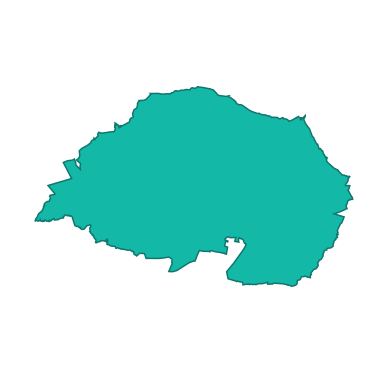 outline of Tlajomulco de Zúñiga, Jalisco, Mexico, rotated 174°
{"feature_id": "50627088B44969093243070", "entity_name": "Tlajomulco de Zúñiga", "entity_type": "district", "adm_level": 2, "iso_a3": "MEX", "parent_name": "Mexico", "parent_adm1": "Jalisco", "projection": "mercator", "projection_center": [-103.397, 20.482], "detail": "fine", "context": "isolated", "style": "filled", "palette": "teal", "viewbox_px": 384, "rotation_deg": 174, "n_neighbors": 0, "source": "geoboundaries", "source_scale": "gbopen_adm2", "svg_char_len": 5949}
<svg xmlns="http://www.w3.org/2000/svg" viewBox="0 0 384 384"><g transform="rotate(174 192 192)"><path d="M81.0,254.8L84.5,253.2L88.2,252.2L89.4,254.0L90.9,254.8L92.9,255.1L93.7,256.4L94.1,256.5L96.7,255.6L97.9,255.9L99.3,257.2L103.7,257.9L105.1,257.7L105.5,258.4L107.1,259.6L109.3,260.0L110.8,261.0L112.9,261.2L116.3,262.4L116.8,263.2L118.8,263.3L124.1,265.8L126.5,267.4L132.8,272.9L134.4,273.8L136.0,273.7L136.5,274.2L137.7,274.7L138.6,275.8L139.2,277.4L140.6,279.0L144.7,282.5L145.5,282.7L145.8,283.3L145.3,283.8L148.2,283.5L155.6,285.3L160.2,291.4L162.0,291.9L162.4,292.4L169.6,294.6L175.5,296.1L177.6,294.7L180.9,295.6L181.6,295.5L182.4,295.0L183.7,293.7L187.1,294.6L190.6,294.0L191.9,294.5L195.0,293.6L197.0,294.4L198.1,294.4L199.0,294.0L200.3,292.8L202.0,292.8L203.3,291.9L208.2,292.4L210.4,292.3L212.3,292.8L212.7,292.6L214.8,293.5L222.7,294.3L222.2,293.9L223.1,293.5L223.6,292.7L224.1,292.6L224.5,291.9L227.8,289.0L230.5,288.2L235.2,288.5L235.0,287.6L236.4,286.8L237.0,285.6L237.2,283.7L238.2,281.2L241.0,279.9L242.5,276.9L242.9,275.8L242.6,272.8L243.0,272.4L245.0,271.8L245.6,271.3L246.2,270.7L246.5,268.9L247.3,268.0L254.5,265.1L256.2,265.5L256.1,264.3L257.2,263.4L257.9,263.8L257.7,265.3L258.0,265.8L261.3,268.7L261.4,268.0L260.4,267.3L260.7,266.2L261.8,266.5L262.1,264.4L261.5,263.4L263.1,260.1L266.6,260.3L275.5,259.9L278.6,261.1L279.7,259.4L279.4,257.7L282.7,255.1L283.1,254.4L283.8,255.8L284.3,254.6L286.8,253.2L287.5,251.5L291.2,249.3L297.1,246.8L299.8,244.7L299.8,239.8L301.3,237.2L303.1,236.3L303.2,235.3L302.6,234.6L301.7,234.2L301.2,233.2L300.0,232.1L300.6,229.2L300.7,226.1L304.6,230.9L304.7,233.9L305.4,237.1L307.7,236.2L312.4,236.1L316.9,234.8L310.3,218.0L334.5,213.5L328.4,204.3L329.6,203.7L331.1,204.0L332.3,203.5L333.3,203.6L333.7,203.3L334.0,202.8L333.3,200.7L334.1,199.8L335.0,197.6L337.1,197.7L339.9,195.9L340.4,194.8L340.1,193.7L341.0,193.5L341.6,191.3L342.1,190.5L343.2,188.9L346.9,186.3L348.8,182.9L350.1,181.7L350.0,181.4L351.0,179.8L350.7,179.5L349.6,180.2L348.5,179.2L347.4,179.2L346.0,179.6L345.8,180.4L345.4,179.0L345.1,179.1L344.6,178.7L343.1,178.8L343.2,178.3L342.1,178.4L342.1,178.9L342.3,179.1L341.3,179.6L340.7,179.3L339.8,178.1L338.1,178.5L337.9,177.8L336.7,177.6L335.9,178.1L336.0,178.5L335.4,178.2L334.9,178.3L332.5,180.1L332.1,180.0L331.8,178.7L331.4,178.4L329.5,178.8L328.8,178.3L325.3,179.6L323.5,179.7L322.8,179.5L322.4,179.8L322.5,181.0L321.2,181.6L321.0,182.3L320.4,182.5L319.8,182.4L319.0,181.6L317.5,181.2L316.8,181.8L315.8,180.6L314.5,180.9L313.8,179.8L312.0,170.9L310.5,169.9L308.6,169.6L308.6,169.1L307.7,168.5L307.7,169.1L307.5,168.4L306.7,168.4L306.9,167.7L305.8,166.5L303.9,166.2L302.9,166.5L301.5,168.1L299.8,169.5L298.4,169.6L296.9,170.1L296.0,169.4L296.9,167.3L297.5,166.8L297.3,163.9L297.9,163.5L297.1,161.8L295.3,160.0L295.7,159.7L294.4,158.2L294.1,156.7L292.5,154.3L292.5,153.5L293.2,152.2L292.9,151.6L292.0,151.5L290.2,152.4L288.8,152.2L288.1,152.7L287.0,153.0L284.4,152.6L283.4,152.0L282.6,152.7L282.1,153.7L281.1,153.8L281.0,151.5L281.9,151.6L282.3,151.4L281.8,150.1L282.0,148.8L281.2,148.4L280.5,148.5L278.4,146.8L274.3,145.9L273.7,145.1L273.7,144.1L273.2,144.0L272.1,144.4L268.8,142.8L268.0,143.0L267.8,142.5L264.5,141.8L262.6,140.9L259.3,140.7L259.1,140.2L257.9,139.7L257.9,139.2L256.6,138.9L256.6,138.4L255.9,138.0L256.3,136.6L256.1,136.2L254.9,135.2L254.5,135.2L253.8,134.2L252.1,135.2L251.4,136.0L250.3,136.5L245.7,135.7L244.6,130.8L232.1,129.4L226.9,129.4L222.1,129.7L221.1,129.3L219.3,127.6L218.9,126.6L219.5,123.8L219.1,123.1L223.4,115.4L221.8,115.0L219.2,114.8L215.2,115.5L202.6,121.8L198.3,123.0L196.1,123.1L193.7,128.0L190.8,133.0L187.9,132.1L180.8,131.0L180.5,130.7L180.2,131.7L177.9,131.3L175.2,130.2L168.6,128.5L168.5,128.2L165.7,127.5L165.8,127.2L164.3,126.6L162.4,133.5L165.2,134.7L163.7,139.6L161.8,138.6L161.4,139.4L164.2,140.9L164.2,141.7L161.5,143.8L158.4,142.5L153.2,142.2L154.6,138.4L150.7,137.3L150.9,138.4L150.2,141.5L149.4,141.4L148.3,140.3L147.8,140.4L146.2,139.3L145.1,135.4L144.0,135.1L143.9,133.6L146.5,129.8L158.3,116.5L165.9,109.1L165.2,101.9L157.0,98.6L156.9,98.3L156.3,98.6L153.6,97.6L151.8,97.2L151.0,96.2L151.0,94.3L146.8,94.7L146.0,94.3L145.1,94.6L144.9,94.1L143.9,93.9L142.5,94.1L140.8,93.5L139.2,93.7L138.6,93.3L137.9,93.2L136.8,93.6L134.0,93.8L132.2,93.4L126.2,94.3L126.6,92.9L126.4,92.4L121.5,92.1L120.0,92.8L111.4,91.2L110.7,91.3L109.9,90.7L107.7,90.1L106.3,89.2L104.8,89.1L103.0,87.9L100.0,88.1L97.7,89.0L96.7,90.8L96.6,92.8L95.5,93.3L94.6,93.2L93.6,93.7L93.1,94.2L92.4,95.8L91.6,96.3L89.7,96.2L88.7,96.4L87.2,96.0L86.3,95.3L83.2,94.5L83.2,96.0L82.9,96.8L81.9,97.4L82.5,98.6L78.8,102.5L77.3,102.5L76.7,102.8L75.4,103.9L75.3,104.6L74.3,105.3L74.2,106.9L74.6,108.1L73.3,109.4L72.7,111.0L71.3,111.1L70.3,111.8L68.6,114.3L68.1,115.7L68.3,116.5L67.2,118.0L66.7,119.5L65.3,120.2L64.0,120.3L63.9,121.1L63.2,121.9L59.7,121.9L57.6,123.1L57.2,123.7L57.4,125.1L56.5,126.3L55.8,128.6L53.9,129.7L53.9,130.8L53.5,131.2L52.3,131.5L52.0,131.9L52.6,133.2L51.2,134.5L52.4,135.1L51.0,136.3L51.5,138.1L51.2,139.1L47.7,144.8L46.5,145.5L46.0,146.2L43.3,151.3L52.9,155.4L46.0,157.1L39.5,159.3L40.3,161.8L40.1,161.8L39.8,163.1L39.2,163.8L37.9,166.9L36.8,167.5L35.5,167.7L35.5,168.1L33.0,167.9L33.1,170.0L33.7,170.5L36.3,176.9L36.8,177.2L35.8,178.4L34.4,181.8L37.0,182.2L38.1,182.1L38.8,182.7L38.0,184.1L36.4,185.6L35.3,187.9L35.3,188.8L33.9,190.6L33.6,190.7L34.2,191.3L35.4,190.9L36.5,191.9L37.5,192.0L39.2,193.0L40.5,192.9L44.2,197.5L44.1,197.9L44.9,198.9L46.0,199.2L46.0,199.4L48.2,200.8L53.9,207.1L54.9,208.6L54.7,210.6L54.0,211.9L54.5,212.1L55.0,211.8L55.5,212.0L55.3,213.3L56.5,214.2L56.6,215.2L57.4,216.7L57.7,219.2L58.4,219.3L59.8,221.7L61.0,221.5L62.1,226.5L62.7,226.4L63.3,227.3L64.7,231.3L65.0,231.4L65.2,233.2L66.6,235.0L68.5,242.4L71.4,247.1L72.3,249.2L73.3,252.6L71.4,255.6L71.4,256.2L76.0,252.3L76.6,252.7L75.6,254.4L77.2,254.6L78.3,256.0L79.9,255.3L80.2,254.8L80.9,254.5L81.0,254.8Z" fill="#14b8a6" stroke="#0f766e" stroke-width="1.5"/></g></svg>